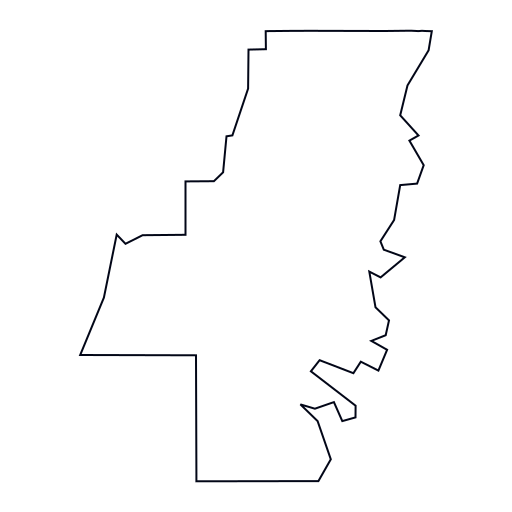 Whitfield, Georgia, United States of America (Natural Earth projection)
{"feature_id": "52423323B73898335258684", "entity_name": "Whitfield", "entity_type": "district", "adm_level": 2, "iso_a3": "USA", "parent_name": "United States of America", "parent_adm1": "Georgia", "projection": "natural_earth1", "projection_center": [-84.931, 34.802], "detail": "fine", "context": "isolated", "style": "outline", "palette": "ink", "viewbox_px": 512, "rotation_deg": 0, "n_neighbors": 0, "source": "geoboundaries", "source_scale": "gbopen_adm2", "svg_char_len": 888}
<svg xmlns="http://www.w3.org/2000/svg" viewBox="0 0 512 512"><path d="M103.9,297.6L80.2,355.0L157.6,355.2L196.0,355.3L196.4,473.4L196.4,481.3L318.4,481.1L330.8,459.3L317.6,421.1L300.4,404.4L314.9,408.7L333.9,402.1L342.3,421.1L355.5,417.4L355.6,405.7L310.9,371.3L319.6,360.2L353.4,373.2L360.8,361.7L378.4,370.6L387.1,349.8L371.3,340.9L385.7,335.2L389.0,320.4L375.5,307.3L369.3,271.6L380.6,277.4L404.8,257.3L383.8,249.7L380.4,241.3L394.1,220.0L400.2,185.1L417.1,183.6L423.7,165.2L409.4,140.6L418.5,135.5L400.2,115.3L407.5,85.4L428.6,50.3L431.8,31.2L431.5,31.2L425.1,31.0L422.0,30.8L418.5,31.1L410.9,30.7L385.1,31.0L381.9,31.0L305.5,30.8L300.5,30.9L289.5,30.9L268.6,31.1L265.7,31.2L265.9,49.2L248.5,49.6L248.1,88.6L232.4,135.4L226.5,136.3L223.1,172.3L213.9,181.2L185.5,181.4L185.5,234.8L142.6,235.2L125.5,243.8L116.7,234.6L103.9,297.6Z" fill="none" stroke="#020617" stroke-width="2"/></svg>